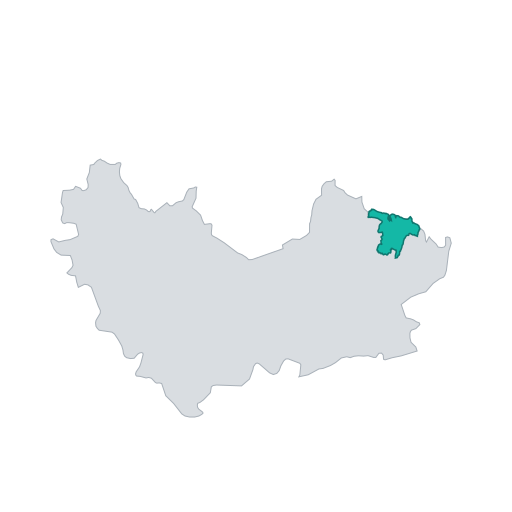 Boffa, Boffa, Guinea shown in context, rotated 161°
{"feature_id": "49546643B38864499602181", "entity_name": "Boffa", "entity_type": "district", "adm_level": 2, "iso_a3": "GIN", "parent_name": "Guinea", "parent_adm1": "Boffa", "projection": "mercator", "projection_center": [-14.02, 10.351], "detail": "fine", "context": "in_parent", "style": "filled", "palette": "teal", "viewbox_px": 512, "rotation_deg": 161, "n_neighbors": 0, "source": "geoboundaries", "source_scale": "gbopen_adm2", "svg_char_len": 7800}
<svg xmlns="http://www.w3.org/2000/svg" viewBox="0 0 512 512"><g transform="rotate(161 256 256)"><path d="M311.6,332.5L307.7,332.0L305.9,332.8L300.7,338.9L297.5,341.3L292.6,340.6L290.9,341.0L289.6,340.3L291.4,336.9L293.9,330.2L300.3,323.4L300.5,322.0L297.8,318.1L295.1,312.7L295.1,306.9L294.5,302.7L288.8,301.5L287.8,300.8L287.6,299.4L290.8,292.2L291.1,290.7L290.7,289.4L287.2,285.7L281.8,278.9L272.4,264.9L268.9,261.9L265.5,257.6L264.2,254.9L260.8,253.9L228.0,254.1L227.4,257.8L216.1,260.2L209.2,257.4L201.5,259.0L197.7,260.9L194.8,269.1L193.2,270.9L191.5,274.5L190.0,276.6L188.3,280.6L184.6,286.4L180.8,290.1L174.2,292.1L172.2,298.2L170.7,300.4L168.1,302.2L165.4,303.3L160.1,302.1L157.1,303.2L156.6,301.7L158.3,296.9L156.9,294.4L151.8,289.4L151.3,287.0L149.7,283.9L142.9,277.5L136.6,277.9L138.3,272.5L138.3,265.4L136.1,261.5L136.7,257.5L135.5,257.7L133.4,260.5L130.0,259.6L123.1,255.4L119.6,251.2L119.2,247.7L118.4,246.4L116.3,247.1L112.0,247.0L98.8,240.8L89.4,225.0L89.2,221.5L90.6,215.4L90.3,213.7L86.0,217.8L85.1,215.0L81.8,208.7L80.9,205.1L77.7,203.5L75.2,203.2L73.2,204.4L70.7,211.8L68.7,211.7L66.8,210.1L67.2,204.6L72.2,197.7L80.7,180.3L83.7,176.3L85.7,174.9L89.7,174.7L97.5,172.4L107.1,166.9L114.5,167.3L123.1,166.7L134.5,162.9L134.6,151.2L134.2,148.6L130.2,146.2L127.8,144.2L125.8,141.6L123.4,139.7L123.4,137.8L128.5,135.3L133.1,135.3L134.6,134.3L135.7,132.7L137.1,128.4L137.5,123.9L134.5,117.9L134.6,113.7L151.3,114.3L160.4,115.5L167.8,115.8L169.0,116.8L168.0,120.9L168.9,123.3L171.5,124.0L175.7,121.1L177.8,121.8L182.5,125.3L186.8,126.3L191.6,128.3L196.0,129.3L200.0,129.2L203.0,131.2L208.5,131.8L215.6,129.3L221.3,128.2L229.2,127.9L233.3,128.7L245.3,126.7L254.8,127.8L253.3,129.2L249.0,138.6L249.5,140.3L259.1,148.3L261.4,148.9L264.0,147.8L268.2,144.1L271.4,140.1L274.6,138.2L278.2,138.3L281.2,141.1L288.0,152.9L289.7,154.4L291.4,154.4L294.4,152.2L295.9,149.6L302.2,141.8L312.0,137.9L335.4,146.9L338.8,147.5L340.8,146.9L343.7,141.6L352.5,137.1L356.7,135.8L359.1,135.7L360.0,134.2L360.5,132.1L360.0,129.9L357.3,125.8L357.2,124.7L358.8,123.9L362.1,123.3L366.5,123.7L371.3,125.4L375.3,127.9L377.6,130.9L381.9,143.4L386.8,153.2L386.7,166.2L388.8,167.5L391.2,168.1L392.3,169.1L394.7,174.5L397.0,176.1L399.7,176.5L404.7,179.9L407.9,181.3L408.4,182.3L408.3,183.7L407.0,185.5L402.2,189.1L399.7,192.2L394.8,199.6L394.6,201.0L395.7,202.0L397.7,202.2L399.9,201.7L404.5,199.0L408.1,199.9L411.5,202.0L412.8,204.1L413.1,206.9L412.4,210.5L412.2,214.6L413.4,221.5L415.2,228.4L417.0,230.9L428.5,236.9L429.6,239.2L430.2,241.7L429.4,245.2L428.2,247.2L421.9,252.6L420.9,255.1L421.4,259.9L421.8,280.0L424.3,283.4L427.3,285.1L434.2,284.2L434.0,289.7L433.1,296.0L437.1,297.9L439.2,299.8L440.3,301.6L433.9,304.9L432.0,306.8L431.2,312.1L431.4,316.9L440.0,320.3L443.3,324.3L444.7,328.5L445.2,336.4L444.5,338.2L442.3,338.3L437.9,333.5L431.3,332.9L426.4,332.0L418.1,332.6L416.7,334.1L415.7,344.6L417.7,346.3L421.7,348.3L424.2,349.2L426.4,348.9L428.0,350.2L428.4,353.6L427.2,356.2L425.1,358.5L422.4,364.6L422.9,370.1L418.3,379.0L417.0,380.7L410.8,378.9L406.8,378.4L403.9,380.6L399.9,377.2L399.1,374.5L397.7,373.9L395.0,373.9L392.5,375.4L391.4,378.2L390.9,383.9L386.4,389.2L383.2,395.9L379.5,395.3L378.7,396.1L374.8,397.9L371.5,398.3L370.6,396.6L368.6,395.1L366.5,392.3L364.0,390.0L359.3,388.4L357.4,389.1L355.2,388.9L353.7,388.0L353.9,386.6L356.4,383.1L357.8,379.9L358.6,376.4L358.6,373.1L357.2,368.4L355.1,364.6L354.6,362.5L354.8,359.4L354.4,356.5L353.7,355.0L352.7,349.6L351.4,348.6L350.7,344.2L350.9,339.8L349.1,338.1L346.2,336.8L344.5,335.1L343.4,333.1L342.4,332.6L341.5,332.7L340.7,333.9L339.7,334.2L338.1,330.0L337.4,329.8L336.2,330.8L322.9,335.4L321.1,331.5L318.6,330.7L314.2,332.4L311.6,332.5Z" fill="#d9dde1" stroke="#a8b0b8" stroke-width="1"/><path d="M124.9,208.7L123.0,208.5L122.1,209.4L121.9,209.4L121.5,210.2L120.6,210.4L120.2,210.3L119.7,211.1L119.1,212.4L118.7,213.5L118.4,213.6L118.1,213.5L117.8,213.6L117.4,214.3L117.0,214.6L115.5,216.4L114.2,218.7L113.5,218.9L112.9,219.7L111.4,222.6L110.9,223.0L110.2,224.1L109.7,224.4L109.3,224.4L108.2,225.5L107.1,226.3L106.2,226.3L105.9,226.2L105.6,226.0L105.1,225.9L104.8,226.0L104.1,227.2L103.5,227.3L102.9,227.2L102.6,226.9L101.9,225.9L100.9,224.9L100.2,224.6L99.5,224.5L99.2,224.5L98.9,223.5L98.2,223.2L97.7,223.2L97.6,222.6L97.0,222.1L96.8,222.7L95.7,224.1L95.2,225.4L94.0,226.5L93.6,227.2L92.8,227.6L92.9,227.8L92.6,227.9L92.4,228.3L92.3,229.3L92.4,230.8L92.2,231.1L92.4,231.9L92.9,232.6L93.3,233.3L94.8,234.5L95.3,235.0L95.8,235.6L96.1,235.9L96.3,236.0L96.9,236.0L96.9,236.7L97.3,238.0L96.5,240.4L96.6,240.6L96.8,240.9L96.9,241.1L96.8,241.3L97.0,241.7L96.9,242.0L97.1,242.2L97.2,242.7L97.3,242.9L97.7,242.8L98.3,242.2L98.7,242.0L99.0,241.9L99.3,242.0L99.5,242.0L100.1,241.4L100.6,241.4L101.3,241.6L101.8,241.8L102.4,242.1L102.8,242.3L104.5,243.4L104.7,243.7L105.4,244.4L105.6,244.8L106.1,245.3L107.0,245.8L107.2,245.7L107.7,246.3L107.7,246.7L107.9,247.0L108.5,247.7L109.5,248.2L110.0,248.4L110.4,248.1L110.8,247.7L111.3,247.0L111.5,247.7L111.2,248.3L111.0,248.6L111.0,249.0L111.2,249.3L111.7,250.1L112.3,250.5L112.5,250.7L113.2,251.1L113.5,251.2L113.7,251.3L114.1,251.2L114.9,251.0L115.5,250.9L116.1,250.6L116.3,250.6L116.7,250.3L116.6,250.1L116.3,249.8L116.4,249.5L116.7,249.6L116.8,249.5L116.6,249.0L116.4,248.8L116.3,248.3L116.2,247.6L116.3,247.0L116.3,246.3L116.4,245.8L116.7,246.4L116.9,246.4L117.0,245.9L117.2,246.1L117.6,246.2L117.8,246.1L118.3,245.7L118.4,246.0L118.5,246.4L118.6,246.5L118.4,246.8L118.2,247.0L118.2,247.4L118.9,247.6L119.1,247.7L119.1,248.1L119.1,248.3L118.9,248.5L118.8,249.1L118.0,250.3L117.8,250.4L117.7,250.7L117.6,250.9L117.4,251.2L117.2,252.1L117.3,252.2L118.9,253.7L119.1,253.9L119.3,253.7L119.9,253.9L120.2,254.4L121.3,255.0L121.7,255.2L122.1,255.2L122.3,255.1L122.8,255.2L123.1,255.7L123.2,256.1L125.4,257.4L127.0,258.6L127.5,259.2L128.0,259.8L128.8,260.8L129.6,261.7L129.9,261.7L130.3,262.1L130.6,262.1L130.9,262.3L131.2,262.2L131.5,261.8L131.6,261.7L132.3,261.5L132.7,261.5L133.4,261.3L134.4,260.9L134.9,260.6L135.2,260.2L135.8,259.0L136.0,258.7L136.2,257.8L136.5,257.2L136.5,256.9L137.0,256.9L137.3,256.0L136.8,255.8L136.5,255.9L136.1,255.6L135.0,255.2L134.7,255.2L134.1,255.1L133.5,254.7L130.8,253.4L130.2,252.9L128.8,252.1L127.7,250.8L127.4,250.2L126.5,249.3L125.8,248.4L125.5,248.1L125.5,247.2L125.8,246.9L127.4,245.8L127.8,245.9L129.2,245.0L130.2,243.3L130.5,242.1L131.0,241.7L132.5,240.0L132.7,239.2L132.5,238.7L132.2,238.3L132.1,238.0L131.3,238.0L130.1,237.5L129.2,237.6L128.9,237.5L128.9,236.9L128.8,236.7L129.4,234.1L130.3,233.8L130.6,233.8L131.2,233.7L131.6,233.2L131.5,232.5L131.4,232.2L131.3,231.1L131.6,230.5L132.0,230.2L132.9,229.9L133.5,227.2L133.4,226.8L133.2,226.6L133.2,226.3L133.3,226.2L133.7,226.2L134.2,226.8L134.7,226.9L135.4,226.8L136.6,226.4L137.2,225.4L137.6,225.3L137.8,224.7L138.1,224.5L138.3,224.3L138.5,224.1L138.7,223.9L138.8,223.6L138.9,223.3L138.9,223.2L139.1,223.0L139.1,222.9L139.6,222.5L139.6,221.5L139.2,221.3L138.9,220.9L139.3,220.2L138.8,219.9L138.6,218.8L137.8,218.9L137.6,218.6L137.4,218.5L137.2,218.1L137.0,217.9L136.8,217.8L137.0,217.5L136.2,217.1L135.7,217.3L135.3,215.8L135.0,215.6L133.8,215.7L133.5,215.9L132.9,215.6L132.0,214.4L131.3,214.3L130.8,215.0L130.2,215.0L129.9,215.5L129.6,215.6L128.6,215.5L127.8,215.1L127.6,215.3L127.2,215.8L127.0,216.3L126.9,218.0L126.6,218.1L125.9,217.8L125.7,217.9L125.7,218.2L125.9,218.7L125.5,219.1L124.9,219.0L122.9,216.7L122.2,216.1L121.8,216.1L121.7,215.3L121.9,215.1L122.2,213.8L123.7,211.7L124.3,210.6L124.5,209.5L124.9,208.7ZM118.7,248.1L118.6,247.9L118.3,247.6L117.9,247.4L117.7,247.1L117.0,247.9L117.0,248.0L117.5,248.6L118.7,248.1ZM132.5,261.8L132.6,261.6L131.9,261.8L131.6,262.0L131.6,262.3L132.5,261.8ZM134.9,261.1L135.2,260.9L134.5,261.1L134.5,261.3L134.9,261.1Z" fill="#14b8a6" stroke="#0f766e" stroke-width="1.5"/></g></svg>